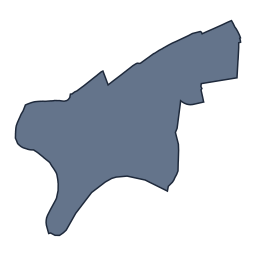 the district of Fundeni, Galati, Romania
{"feature_id": "2599482B42074396802829", "entity_name": "Fundeni", "entity_type": "district", "adm_level": 2, "iso_a3": "ROU", "parent_name": "Romania", "parent_adm1": "Galati", "projection": "albers", "projection_center": [27.553, 45.567], "detail": "fine", "context": "isolated", "style": "filled", "palette": "slate", "viewbox_px": 256, "rotation_deg": 0, "n_neighbors": 0, "source": "geoboundaries", "source_scale": "gbopen_adm2", "svg_char_len": 2722}
<svg xmlns="http://www.w3.org/2000/svg" viewBox="0 0 256 256"><path d="M237.0,77.8L237.0,77.6L237.7,65.2L237.9,61.3L238.1,59.1L238.7,47.7L238.7,42.8L239.7,42.5L240.6,42.2L240.3,40.1L240.0,39.2L239.7,38.3L240.5,37.9L239.4,35.0L237.7,31.5L236.1,28.7L234.8,27.0L233.2,23.6L231.5,20.6L231.0,20.8L229.6,21.4L227.5,22.3L222.0,24.9L212.4,29.2L206.2,31.9L202.1,33.8L201.4,32.2L200.3,31.5L194.0,33.1L192.4,33.5L188.7,35.5L176.4,41.3L172.3,43.1L168.5,45.1L163.0,48.2L162.7,48.5L159.2,50.3L155.5,52.7L154.1,53.6L153.6,53.6L153.3,53.9L140.2,63.4L139.2,63.4L137.2,63.2L135.9,63.8L133.0,65.6L119.8,75.9L112.7,81.3L108.1,84.9L105.7,78.4L102.9,71.0L101.3,71.8L97.8,74.6L96.6,75.7L96.0,76.1L94.6,77.2L85.2,84.7L83.3,86.2L82.3,86.9L80.3,88.4L76.8,91.0L76.6,91.1L74.9,91.8L73.1,93.1L71.9,94.0L70.4,94.1L70.0,96.3L69.8,97.5L68.2,99.6L66.7,100.6L64.1,101.2L63.2,101.1L62.3,101.0L60.8,100.8L59.7,100.6L58.5,100.6L57.3,100.6L54.7,100.5L53.7,100.7L52.7,100.8L51.8,100.9L51.2,100.9L50.6,100.9L46.8,101.2L45.7,101.3L44.0,101.3L43.4,101.2L40.7,101.3L40.1,101.3L38.5,101.4L37.1,101.5L36.1,101.6L35.1,101.7L34.6,101.8L34.0,101.9L32.9,102.2L31.5,102.6L30.6,102.9L29.3,103.4L27.4,104.1L25.8,104.8L25.7,104.9L25.4,105.0L23.3,110.4L23.0,111.1L21.9,112.9L21.3,113.9L20.9,114.7L19.8,117.3L19.7,117.6L19.4,118.1L17.5,122.4L17.3,122.9L16.3,125.7L15.9,128.0L15.6,131.6L15.6,132.7L15.5,133.5L15.5,135.2L15.4,138.1L16.5,140.6L17.6,143.4L17.8,143.7L18.1,144.0L18.9,144.8L19.6,145.4L20.7,146.3L21.6,146.9L22.7,147.5L23.3,147.8L24.3,148.1L25.5,148.5L26.5,148.8L27.9,149.3L29.2,149.6L29.3,149.6L29.7,149.7L30.5,149.8L32.0,149.9L33.6,149.9L34.1,150.2L34.2,150.4L34.4,150.5L35.7,151.3L36.5,151.8L37.9,152.8L38.6,153.3L39.4,154.0L40.4,154.8L43.0,156.9L44.4,158.2L45.0,158.6L45.8,159.3L47.6,160.7L48.2,161.2L49.4,162.2L49.6,162.4L49.8,162.6L51.7,165.8L53.4,168.2L54.5,169.9L56.2,172.7L56.5,173.6L56.7,174.0L56.8,174.3L57.0,175.3L57.2,176.4L57.8,179.8L57.9,180.9L58.0,181.6L58.0,182.4L58.1,182.9L58.2,183.5L58.2,183.8L58.1,190.6L57.9,191.5L56.5,198.2L55.5,200.3L50.7,209.1L47.6,215.2L46.6,217.8L46.2,220.3L46.1,222.5L46.4,225.2L47.9,230.7L48.7,233.5L50.6,233.0L55.0,235.3L59.5,235.4L61.7,233.9L63.3,232.8L66.2,230.1L75.7,213.3L91.6,192.5L105.3,182.0L111.7,178.4L116.1,177.1L127.1,176.1L145.1,180.0L149.7,182.3L158.8,186.8L166.6,190.7L167.4,191.1L168.3,186.3L172.4,182.2L173.8,180.1L174.9,177.6L176.6,174.5L178.0,170.9L178.2,162.5L178.3,160.7L178.6,150.3L178.4,144.3L177.5,140.7L175.4,132.4L177.1,128.3L180.3,103.7L180.6,100.7L181.9,101.7L184.4,103.2L186.9,104.2L188.5,104.5L190.2,104.7L192.6,104.5L197.6,103.4L203.7,102.0L203.5,101.4L202.6,97.0L201.0,89.8L201.9,88.6L200.9,86.4L201.3,83.6L223.4,80.0L237.0,77.8Z" fill="#64748b" stroke="#1e293b" stroke-width="1.5"/></svg>